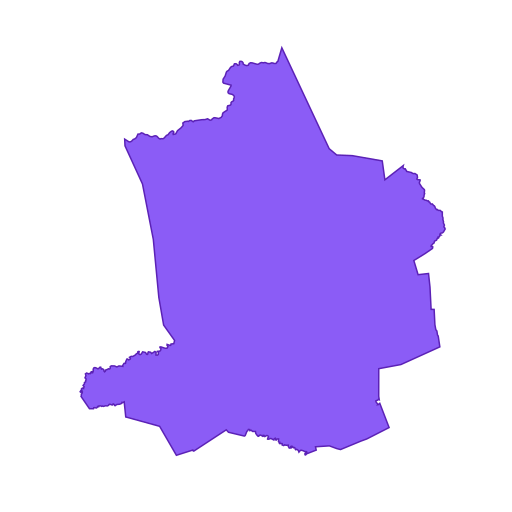 the district of Huajicori, Nayarit, Mexico, rotated 263°
{"feature_id": "50627088B78255939037142", "entity_name": "Huajicori", "entity_type": "district", "adm_level": 2, "iso_a3": "MEX", "parent_name": "Mexico", "parent_adm1": "Nayarit", "projection": "albers", "projection_center": [-105.24, 22.811], "detail": "fine", "context": "isolated", "style": "filled", "palette": "violet", "viewbox_px": 512, "rotation_deg": 263, "n_neighbors": 0, "source": "geoboundaries", "source_scale": "gbopen_adm2", "svg_char_len": 5980}
<svg xmlns="http://www.w3.org/2000/svg" viewBox="0 0 512 512"><g transform="rotate(263 256 256)"><path d="M388.0,139.9L381.3,139.4L341.3,152.1L285.0,156.1L226.8,154.5L198.7,155.9L182.1,164.9L179.0,163.7L179.0,160.9L177.7,160.4L177.7,159.9L179.1,157.0L178.2,156.8L176.7,157.6L175.3,156.4L175.5,154.6L177.4,150.5L177.4,149.6L176.7,149.5L175.8,150.4L174.3,150.0L173.3,149.0L173.4,146.5L173.1,146.4L172.6,147.3L172.2,147.4L170.2,147.0L169.6,146.1L169.9,144.6L172.6,145.1L173.6,144.0L171.9,140.6L173.3,139.7L174.0,137.5L173.3,137.0L171.8,136.6L171.5,136.1L171.8,135.4L173.7,134.6L174.7,131.8L172.6,130.1L172.2,128.9L172.9,127.9L173.9,127.9L175.4,128.4L175.6,127.6L175.3,127.0L174.0,126.7L173.5,125.3L172.5,124.2L171.3,121.5L171.6,119.9L170.9,118.1L169.8,118.9L168.9,118.5L168.4,117.0L169.4,116.0L169.5,115.3L167.0,113.8L165.5,113.5L165.3,113.3L165.6,112.4L165.5,111.9L163.4,110.2L162.7,110.3L163.6,106.6L163.0,104.9L163.0,104.0L164.1,102.3L164.6,99.0L164.0,97.8L162.5,97.7L161.8,97.1L161.7,96.6L162.1,95.7L161.5,94.7L161.3,93.1L159.9,92.3L159.5,91.6L160.3,91.1L161.9,91.0L162.8,89.7L162.6,88.8L164.6,88.3L164.6,87.4L163.4,86.0L163.3,85.3L164.7,83.2L164.9,81.9L164.6,81.3L163.5,80.6L161.6,80.5L160.0,79.6L160.3,78.8L160.7,78.5L161.2,78.7L161.2,78.4L160.7,77.9L159.8,77.7L159.4,77.1L159.8,76.2L159.4,75.4L160.5,73.7L159.8,72.3L157.9,72.6L155.9,71.4L155.1,72.2L153.7,72.2L152.8,71.6L151.9,71.6L151.3,70.3L149.9,70.1L148.6,68.6L147.1,69.5L146.3,68.9L145.5,68.7L146.1,67.6L145.4,66.6L143.6,66.8L143.5,66.5L143.9,65.9L142.7,64.9L142.1,65.5L142.5,66.8L142.3,67.1L141.2,66.8L140.1,65.8L138.6,65.6L138.0,65.2L124.7,72.1L124.2,76.1L125.2,76.5L125.2,77.3L124.6,79.0L125.0,79.9L125.9,80.4L125.5,81.2L125.6,81.6L126.2,81.6L126.4,81.9L126.1,83.8L125.5,84.6L125.8,85.3L125.3,86.3L125.7,88.4L125.3,90.2L125.8,91.6L126.5,91.9L126.7,92.9L125.6,95.1L125.8,95.7L126.5,96.0L126.5,96.6L125.5,97.4L124.8,97.5L124.6,98.0L125.6,99.7L125.5,102.7L126.1,104.8L127.1,105.1L126.8,106.1L127.3,107.4L112.1,107.1L98.7,139.6L67.9,152.7L71.1,169.7L69.5,170.2L69.8,170.2L87.1,205.3L84.4,207.2L78.7,222.5L79.1,223.4L83.1,225.6L83.6,226.5L84.8,227.3L84.5,228.6L83.4,228.6L83.6,230.0L82.3,231.2L81.9,234.1L80.1,234.1L78.4,234.9L76.8,236.1L76.8,236.8L77.6,237.4L77.7,238.8L76.1,240.9L76.4,241.8L76.7,241.4L77.1,241.4L76.9,242.2L75.7,242.8L76.5,244.6L76.4,245.3L75.9,246.0L74.8,246.4L73.8,245.4L72.8,245.2L72.6,246.2L73.1,248.5L71.2,251.3L72.2,251.7L72.8,252.8L70.9,253.3L70.8,253.6L71.8,254.4L71.7,256.1L69.2,255.7L68.6,255.9L68.2,256.9L67.1,256.4L66.9,256.6L66.7,259.0L66.3,259.2L65.3,258.9L64.5,260.2L64.6,260.8L65.1,261.3L64.5,262.7L64.3,265.0L63.2,264.8L61.3,265.6L61.2,267.6L61.5,268.0L62.2,267.3L62.7,267.3L62.9,268.0L62.6,268.9L61.1,269.8L61.3,270.5L61.0,271.1L59.5,271.4L58.8,271.9L59.2,272.7L58.8,273.4L57.8,274.3L56.1,274.7L57.5,276.2L57.8,277.0L56.9,279.3L56.1,280.2L55.6,282.4L54.8,282.5L54.3,281.0L53.9,280.5L52.8,280.4L52.5,281.0L53.5,282.2L56.0,292.1L59.4,291.8L58.6,305.7L55.0,312.7L53.6,316.3L59.5,337.6L60.9,343.6L69.5,367.2L94.7,360.9L93.6,359.3L93.6,358.7L93.9,359.0L96.2,357.5L97.5,357.2L97.7,357.4L98.1,359.3L98.9,360.1L98.4,360.8L101.8,360.7L129.2,364.1L130.6,386.6L143.4,427.4L154.4,427.1L155.5,426.5L159.5,426.4L161.0,425.5L166.0,425.2L181.3,426.3L181.7,423.3L203.9,424.9L217.6,425.1L217.7,414.6L232.3,412.1L237.9,424.3L242.0,432.1L243.5,432.6L243.8,432.2L244.1,431.0L245.2,431.3L245.4,431.9L246.6,433.1L247.2,434.3L249.0,435.0L249.7,437.1L251.4,438.1L251.4,438.8L252.4,438.9L252.1,439.7L252.9,440.0L253.3,440.8L254.4,441.0L254.3,442.1L255.3,441.4L255.8,441.6L256.2,442.5L256.2,443.8L257.0,445.0L259.8,447.1L260.3,446.7L261.3,446.7L261.8,446.1L262.4,446.1L263.7,446.8L266.0,446.0L267.1,446.3L269.5,445.9L269.7,446.1L271.3,446.2L272.8,445.8L277.0,446.3L277.5,445.3L278.3,444.9L278.8,444.4L279.1,442.4L280.1,441.6L280.0,440.9L281.8,439.8L283.1,439.6L284.1,439.1L284.2,438.7L286.2,437.3L286.2,436.3L286.6,435.6L288.4,434.9L288.6,434.2L289.7,433.9L289.7,433.1L290.6,431.7L290.8,430.7L292.5,428.2L292.9,428.3L293.2,429.2L294.5,430.0L295.7,430.2L297.5,431.0L297.9,430.7L300.7,431.3L301.4,431.2L303.9,429.1L308.0,427.1L309.1,427.1L310.8,428.1L311.6,428.1L312.1,425.8L312.6,425.1L313.1,425.1L314.3,425.9L316.8,425.8L318.5,423.8L318.6,422.3L319.1,421.2L319.8,420.7L321.6,415.8L322.8,415.6L323.7,414.7L324.3,414.8L324.5,413.7L325.3,412.8L326.5,412.7L327.8,413.2L315.9,393.2L335.0,392.9L343.9,363.7L346.4,348.4L353.6,341.7L459.5,307.0L446.5,301.4L446.0,300.4L445.2,299.9L444.7,299.3L444.9,297.3L445.5,296.4L445.8,294.8L445.3,293.2L445.6,291.1L446.8,289.0L447.0,288.1L446.8,287.1L447.4,284.9L446.9,283.2L446.1,281.8L446.1,280.6L448.1,275.9L448.5,274.2L447.9,272.6L446.3,271.6L446.1,270.0L446.7,268.5L448.0,266.7L449.4,266.7L450.5,266.0L451.1,264.9L451.1,263.6L450.1,263.0L448.2,262.9L447.6,262.4L447.5,261.0L448.4,260.6L449.3,259.6L449.4,258.0L447.3,256.8L447.0,254.8L446.3,253.7L443.6,251.4L442.8,249.6L442.1,249.0L438.4,247.3L435.5,244.9L432.6,244.3L431.5,244.9L428.6,252.1L427.6,251.8L423.5,248.7L422.5,248.2L421.4,248.2L420.4,249.1L419.3,252.1L418.0,253.5L416.7,253.9L415.5,253.5L414.7,252.9L413.2,252.8L412.8,252.5L411.9,250.5L411.3,249.9L409.7,249.7L408.9,249.1L408.5,246.2L407.1,245.5L405.0,245.4L404.3,245.1L402.2,240.8L400.9,240.0L399.3,239.7L397.8,238.3L397.0,235.8L398.1,232.6L398.4,231.2L397.3,229.1L396.6,228.6L396.3,227.0L398.1,224.7L397.6,222.0L397.9,219.0L397.7,211.1L396.9,210.3L397.2,209.4L398.3,208.6L398.6,207.0L397.8,205.2L398.1,204.8L398.1,201.8L396.9,199.6L394.6,199.6L393.9,199.0L392.2,197.0L390.0,193.4L387.0,191.2L386.7,188.7L387.5,188.6L388.8,189.5L389.3,189.5L390.3,188.6L390.2,187.4L389.0,185.3L387.1,183.5L386.6,181.8L384.3,179.2L383.7,178.0L384.1,176.0L383.8,175.1L384.7,173.8L386.7,172.4L387.5,171.3L387.6,169.8L387.0,167.4L387.6,165.3L389.6,163.0L390.0,160.7L391.6,158.8L392.2,157.3L391.7,156.1L391.2,155.5L391.4,153.7L388.1,151.7L386.9,149.7L386.7,148.4L385.4,146.9L384.8,145.8L384.6,144.6L384.9,143.7L388.0,139.9Z" fill="#8b5cf6" stroke="#5b21b6" stroke-width="1.5"/></g></svg>